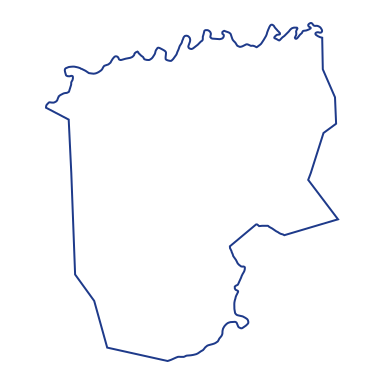 Villanueva, Cortés, Honduras (orthographic projection)
{"feature_id": "27666195B71161947465594", "entity_name": "Villanueva", "entity_type": "district", "adm_level": 2, "iso_a3": "HND", "parent_name": "Honduras", "parent_adm1": "Cortés", "projection": "orthographic", "projection_center": [-88.036, 15.321], "detail": "fine", "context": "isolated", "style": "outline", "palette": "blue", "viewbox_px": 384, "rotation_deg": 0, "n_neighbors": 0, "source": "geoboundaries", "source_scale": "gbopen_adm2", "svg_char_len": 5701}
<svg xmlns="http://www.w3.org/2000/svg" viewBox="0 0 384 384"><path d="M46.0,107.7L68.7,119.6L71.3,173.2L75.1,274.5L94.2,300.9L107.2,347.6L167.6,361.0L171.1,359.8L176.0,357.6L177.8,356.9L178.5,356.8L183.5,356.9L184.5,356.6L185.9,355.9L186.9,355.6L190.8,355.3L193.2,354.9L194.9,354.5L196.4,354.1L198.0,353.3L200.9,351.3L203.0,350.1L203.9,349.1L205.2,347.4L206.4,346.4L207.4,345.6L208.8,345.1L212.6,344.1L214.4,343.5L215.6,342.9L217.8,341.4L218.6,340.0L219.3,338.6L221.3,336.2L222.1,334.7L222.4,333.5L222.5,331.1L222.8,329.6L223.0,328.8L223.5,327.8L224.3,326.4L225.3,325.2L226.5,324.0L227.7,323.1L229.1,322.5L230.6,322.1L234.0,321.9L235.2,321.9L235.7,322.1L236.3,322.4L236.7,322.9L237.2,324.1L238.0,326.1L238.5,327.0L239.0,327.4L240.0,327.9L240.7,328.2L241.4,328.3L242.0,328.2L242.6,327.9L245.8,325.7L247.6,324.0L248.0,323.4L248.3,322.9L248.3,321.7L248.0,320.5L247.5,319.5L246.8,318.8L245.1,317.7L242.7,316.4L238.3,315.4L237.2,315.1L236.4,314.6L235.7,313.9L235.2,313.2L235.0,312.5L234.4,308.9L234.3,304.2L234.4,302.5L234.8,300.4L235.4,298.5L235.7,297.0L236.3,295.5L238.0,292.1L238.1,291.5L238.0,291.1L237.7,290.8L237.2,290.5L236.0,290.0L235.6,289.7L235.2,289.2L234.8,288.3L234.8,286.6L235.7,285.8L237.7,284.8L238.1,284.2L241.1,277.6L241.7,275.9L242.7,273.9L243.6,272.4L244.2,271.3L244.7,269.7L244.9,267.8L244.7,267.1L244.1,266.7L243.4,266.5L242.2,266.6L241.1,266.4L239.0,264.8L237.7,263.4L236.0,260.0L233.3,256.2L232.6,254.0L231.8,252.3L231.4,250.9L230.0,248.1L229.9,246.3L256.0,224.5L256.9,224.4L257.5,224.7L259.1,226.1L262.1,225.8L267.8,225.8L268.4,226.1L269.1,226.8L272.2,228.5L276.1,231.2L278.2,232.3L279.3,233.1L280.7,233.8L283.1,234.5L284.3,235.2L338.0,219.3L308.2,179.9L310.8,173.0L323.5,133.0L336.1,123.7L335.0,97.3L322.8,69.3L322.2,37.7L319.9,37.1L317.8,36.1L316.0,34.9L315.6,34.4L315.4,33.9L315.5,33.3L315.8,32.9L316.4,32.5L317.2,32.3L318.0,32.2L320.0,32.7L321.1,32.5L321.6,32.1L322.0,31.4L322.1,30.9L322.0,30.3L321.8,29.7L321.4,29.0L320.5,27.6L320.2,27.3L318.8,26.4L317.5,25.9L316.4,25.8L315.1,25.9L314.1,25.7L313.4,25.2L312.4,23.8L311.6,23.1L310.7,23.0L309.7,23.4L309.1,23.8L308.6,24.3L308.2,25.0L308.3,25.7L308.7,26.4L309.3,26.9L310.1,27.3L310.6,27.7L310.7,28.1L310.5,28.5L308.8,29.5L307.0,30.2L306.1,30.5L303.7,30.8L303.1,31.0L302.7,31.4L301.8,33.1L300.0,34.7L297.9,37.4L297.2,38.2L296.6,38.6L296.0,38.8L295.4,38.6L295.1,38.2L294.9,37.6L296.2,34.9L296.3,33.3L296.1,31.8L296.2,31.1L296.6,30.1L297.3,28.8L297.4,28.4L297.2,28.0L296.9,27.7L294.7,27.6L293.6,27.7L292.7,28.0L291.9,28.3L291.2,28.8L290.2,29.7L288.8,31.5L284.3,36.0L282.4,37.4L279.8,40.1L279.3,40.4L278.7,40.3L276.4,39.0L274.8,38.3L274.4,38.0L274.3,37.5L274.5,37.1L274.7,36.7L276.7,34.9L279.7,34.4L280.0,33.9L279.9,33.1L278.5,31.5L277.6,30.7L276.9,29.8L275.5,28.3L274.7,27.3L274.0,26.1L273.6,25.6L272.9,25.1L272.4,24.8L271.8,24.7L271.2,24.8L270.7,25.1L270.3,25.5L269.5,26.8L268.1,30.0L267.2,32.4L266.7,34.3L266.0,36.0L263.7,39.9L261.6,43.1L261.0,43.9L260.0,44.8L257.2,46.9L256.7,47.2L256.3,47.1L254.6,46.2L253.3,45.8L252.9,45.7L251.5,45.8L250.8,45.8L248.2,44.6L247.0,44.3L246.2,44.4L242.4,46.3L240.7,46.8L239.6,46.8L237.8,46.0L237.4,45.8L237.0,45.3L235.3,42.6L233.6,40.9L232.6,39.6L231.9,37.7L230.9,34.7L230.7,34.1L230.4,33.7L229.5,32.9L228.6,32.4L226.9,31.8L225.6,31.4L224.5,30.9L224.0,30.9L223.6,31.1L222.7,31.7L222.4,32.1L222.3,32.9L222.4,33.7L223.6,34.7L223.8,35.2L223.8,35.8L223.7,36.5L223.4,37.2L223.0,37.8L222.4,38.4L221.0,38.9L220.0,39.1L218.9,39.1L212.2,38.6L211.2,38.1L210.7,37.5L210.3,37.0L210.4,36.4L210.9,33.9L210.7,33.0L210.3,32.1L209.4,31.1L208.3,30.4L207.2,30.1L206.0,30.1L205.3,30.2L204.8,30.5L204.5,30.7L204.3,31.1L203.6,34.1L202.8,36.8L202.8,38.9L202.7,39.8L202.3,40.4L201.9,40.9L200.8,41.6L197.8,44.7L193.3,48.2L192.6,48.6L191.9,48.9L191.3,49.0L190.7,48.9L189.5,48.5L188.8,47.9L188.3,46.8L188.5,45.7L189.9,41.8L190.1,40.9L190.2,40.0L190.1,39.3L189.9,38.4L189.6,37.7L189.1,37.1L188.4,36.4L187.7,36.0L187.0,35.8L186.3,35.7L185.7,35.8L184.9,36.0L184.3,36.5L183.9,37.0L183.5,37.6L183.1,38.9L182.3,40.7L181.9,42.2L181.5,43.2L181.0,44.0L180.1,45.4L179.6,46.3L178.5,49.5L177.4,51.9L176.7,53.9L176.4,54.6L175.6,55.7L173.2,59.0L171.8,60.4L171.0,60.9L170.2,60.9L168.2,60.5L166.8,60.0L166.0,59.5L165.7,59.1L165.6,58.3L165.6,57.1L165.9,54.6L166.0,52.8L165.9,52.3L165.6,51.7L165.3,51.3L164.4,50.6L162.5,49.5L159.8,48.1L158.9,47.8L158.2,47.7L157.9,47.8L157.5,48.0L155.9,50.3L155.5,51.4L155.2,52.8L154.7,54.2L152.7,57.3L152.1,58.0L151.5,58.6L150.0,59.6L149.1,60.0L148.2,60.0L146.7,59.9L145.1,59.5L144.4,59.2L143.9,58.6L143.4,57.5L143.0,57.0L141.1,55.6L139.5,54.0L138.6,53.2L138.3,52.3L137.5,51.6L137.0,51.8L136.2,52.1L135.1,52.9L134.5,53.7L134.2,54.8L133.9,55.4L132.7,56.6L132.0,57.1L130.3,57.8L125.7,58.7L121.5,59.9L120.5,60.0L119.8,59.8L119.2,59.5L119.0,59.3L118.2,57.4L117.2,56.6L116.6,56.4L116.1,56.3L115.6,56.3L115.1,56.5L114.6,56.7L114.1,57.2L112.8,58.7L111.3,61.1L110.6,62.5L110.2,62.9L108.4,64.4L104.3,65.8L103.4,66.9L102.1,69.3L101.2,70.3L99.2,71.7L98.2,72.3L96.5,73.1L95.1,73.5L93.5,73.7L91.0,73.4L88.9,73.1L85.5,70.8L84.5,70.3L81.7,68.9L81.1,68.8L80.0,68.1L78.2,67.5L77.0,67.2L74.6,66.7L73.1,66.6L70.5,66.8L68.9,67.0L68.3,67.2L66.6,67.9L65.7,68.3L65.2,68.8L64.9,69.5L64.8,70.3L65.0,71.7L65.9,74.8L66.1,75.3L66.5,75.7L67.0,75.9L67.7,76.2L69.7,76.3L71.0,75.9L71.7,75.9L72.2,76.0L72.6,76.2L72.7,76.4L72.9,76.9L72.9,77.5L72.9,78.4L72.7,79.3L72.4,80.3L71.7,81.4L71.3,82.3L71.2,83.0L71.2,84.3L71.0,85.2L69.0,91.6L68.5,92.1L67.4,92.6L66.8,92.9L65.4,93.0L64.0,93.3L63.2,93.6L60.3,95.1L59.8,95.5L58.7,96.4L58.7,96.8L58.2,97.6L57.1,100.5L55.8,101.7L54.3,102.4L53.7,102.6L52.0,102.6L49.7,102.3L49.2,102.4L48.8,102.6L47.3,104.1L46.5,105.1L46.3,105.6L46.1,106.4L46.0,107.7Z" fill="none" stroke="#1e3a8a" stroke-width="2"/></svg>